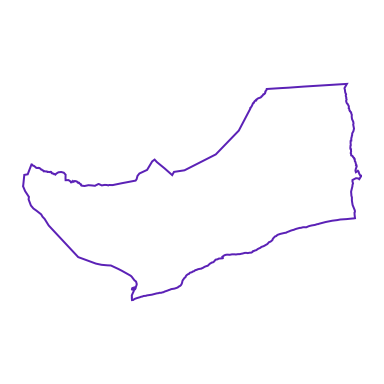 Ningo/prampram, Greater Accra, Ghana
{"feature_id": "2480657B81968156308620", "entity_name": "Ningo/prampram", "entity_type": "district", "adm_level": 2, "iso_a3": "GHA", "parent_name": "Ghana", "parent_adm1": "Greater Accra", "projection": "robinson", "projection_center": [0.183, 5.814], "detail": "fine", "context": "isolated", "style": "outline", "palette": "violet", "viewbox_px": 384, "rotation_deg": 0, "n_neighbors": 0, "source": "geoboundaries", "source_scale": "gbopen_adm2", "svg_char_len": 5879}
<svg xmlns="http://www.w3.org/2000/svg" viewBox="0 0 384 384"><path d="M31.5,164.4L27.7,174.3L24.3,174.9L23.2,185.6L23.0,186.1L25.1,191.1L28.9,196.9L28.6,199.4L30.9,205.5L33.4,208.5L36.5,210.7L41.2,214.4L42.5,216.7L44.6,218.9L48.7,225.5L78.2,257.1L95.9,263.6L101.5,264.8L107.1,265.3L110.9,265.5L118.4,269.0L121.9,270.8L130.1,275.4L131.0,276.0L131.7,276.7L134.5,280.4L135.4,281.0L136.1,281.7L136.7,283.9L136.7,284.6L135.9,287.0L135.7,287.5L135.7,288.0L135.4,288.6L135.2,288.3L134.4,288.2L133.7,288.4L133.4,288.5L133.0,288.2L133.2,287.8L132.3,288.1L132.0,288.9L131.9,289.2L132.0,289.5L132.3,289.6L133.3,289.5L133.6,289.4L133.9,289.5L134.0,290.2L133.7,291.2L132.4,294.0L131.8,295.5L131.8,296.1L131.9,297.0L132.0,297.2L131.8,297.7L132.0,300.1L133.1,300.0L133.9,299.4L134.7,298.9L136.9,298.1L140.0,297.2L140.9,296.8L142.4,296.5L143.6,296.0L145.9,295.8L147.0,295.4L151.8,294.7L156.7,293.4L158.8,293.1L159.3,292.8L161.1,292.8L162.7,292.3L163.5,292.2L164.5,291.6L166.6,290.9L167.8,290.5L168.6,290.1L169.4,289.9L171.3,289.1L174.5,288.6L176.9,287.8L178.0,287.3L178.4,286.8L178.7,286.7L178.9,286.5L179.2,286.4L179.4,286.2L180.3,285.8L181.1,284.9L181.7,283.8L182.1,282.6L182.4,281.2L182.5,280.8L182.9,280.0L183.5,279.4L183.8,278.7L184.3,278.1L185.2,277.4L185.7,276.8L185.7,276.5L185.9,276.1L186.5,275.3L187.8,274.3L189.1,273.8L189.6,273.0L190.0,272.7L191.3,272.4L191.9,272.2L192.8,271.5L193.8,271.3L194.8,270.6L195.2,270.2L195.9,270.0L196.6,269.9L197.0,269.6L197.5,269.5L198.0,269.2L200.1,268.8L201.4,268.6L201.9,268.2L202.5,268.1L203.8,267.3L204.6,266.8L206.7,266.0L207.7,265.8L208.6,264.9L210.0,263.6L211.0,263.1L211.6,262.6L212.8,262.4L213.8,261.8L214.3,261.2L215.5,259.8L215.8,259.6L217.2,259.4L217.9,259.1L218.4,258.8L218.7,258.6L222.5,258.3L222.8,258.2L222.8,257.9L222.6,257.9L222.3,256.8L224.4,255.3L225.5,254.9L226.7,254.7L228.2,254.7L229.7,254.8L232.2,254.3L234.6,254.3L235.9,254.5L237.5,254.2L240.0,254.1L241.5,253.7L242.3,253.6L244.8,252.9L246.6,252.9L247.7,253.1L249.7,252.7L251.0,252.7L251.3,252.6L252.5,252.0L252.7,251.4L253.3,251.0L254.2,250.9L254.6,250.6L256.4,250.1L257.6,249.1L259.0,248.4L260.4,247.8L261.4,246.9L263.0,246.4L264.6,245.7L265.1,245.3L267.3,244.1L269.1,242.1L269.8,241.9L270.4,241.7L271.5,240.9L272.5,239.9L272.7,239.1L273.5,238.0L275.0,236.5L275.3,236.3L276.2,236.1L277.2,235.1L277.7,234.8L280.3,233.9L284.6,232.9L286.1,232.7L287.1,232.1L289.0,231.4L290.6,230.7L292.5,230.1L293.8,229.8L295.2,229.2L296.4,228.8L299.7,227.9L300.7,227.9L302.8,227.3L303.9,227.2L306.2,227.3L306.7,227.1L308.5,226.3L310.1,225.8L310.8,225.7L311.4,225.5L315.0,224.9L317.4,224.1L318.1,224.1L319.2,223.7L325.7,222.0L332.3,220.7L337.2,220.1L340.3,219.5L346.5,219.1L351.4,218.6L353.8,218.4L355.0,218.2L354.6,214.9L354.5,212.6L354.8,212.2L354.9,211.7L354.9,211.4L354.8,210.4L352.6,205.0L351.9,200.6L351.9,197.4L351.4,195.7L351.3,194.1L351.1,191.9L351.2,191.2L352.4,186.3L352.5,184.9L353.0,183.4L352.4,181.1L352.5,180.3L352.5,180.0L356.0,178.2L358.5,178.5L359.2,179.2L359.6,178.7L360.4,177.2L361.0,176.5L361.0,175.6L360.1,175.3L359.7,174.5L359.2,173.7L358.5,171.5L357.9,170.8L357.6,171.1L355.9,172.2L355.5,170.9L355.5,170.3L355.8,168.9L356.7,166.4L356.7,166.2L356.3,165.8L356.4,165.4L356.2,165.3L356.4,165.0L356.0,164.4L355.4,161.9L355.0,161.4L354.8,161.0L354.8,160.1L354.7,159.0L354.1,158.7L354.1,158.0L354.0,157.8L353.2,157.3L352.9,156.6L352.4,155.9L351.6,155.6L351.2,155.4L351.1,154.4L351.1,153.8L350.9,153.6L350.7,153.1L350.8,152.8L351.1,151.5L351.0,150.5L351.0,149.6L350.7,149.3L350.9,149.0L350.4,148.5L350.3,148.2L350.5,145.6L350.7,145.4L350.8,145.2L350.6,143.3L350.6,141.0L350.7,140.7L351.3,140.6L351.3,138.0L351.5,137.6L351.8,136.4L351.8,135.9L352.1,135.4L352.2,133.5L352.4,133.0L353.4,131.2L354.0,128.6L353.2,124.6L353.5,123.7L353.4,122.7L353.3,122.4L353.3,121.9L352.0,119.0L351.7,116.7L351.8,114.7L351.2,113.4L351.2,112.8L351.0,112.2L350.6,111.9L349.9,111.3L349.9,110.7L349.4,110.2L349.2,108.8L349.0,108.4L348.7,108.2L348.9,106.9L348.7,106.2L348.6,105.7L347.9,104.6L347.7,104.0L347.0,103.5L346.6,102.7L346.1,100.9L346.6,99.5L346.3,98.7L346.3,98.3L346.2,98.1L346.3,97.7L346.2,97.2L345.9,96.4L345.8,95.8L345.8,95.3L346.1,94.3L346.0,94.0L345.7,93.7L345.2,92.2L344.9,89.7L344.6,88.8L344.5,88.2L344.6,87.9L346.9,83.9L303.4,86.6L288.3,87.7L280.9,88.1L266.7,89.0L266.3,90.4L265.5,91.2L265.4,91.6L265.4,92.0L265.2,92.1L265.1,93.2L264.2,94.2L263.5,94.2L263.3,94.6L263.1,94.7L262.7,95.5L262.3,95.7L261.8,96.4L261.4,96.5L261.2,97.0L260.6,97.5L258.2,98.3L257.3,98.9L256.7,99.4L256.4,100.1L256.0,99.9L255.9,100.0L255.9,100.5L255.5,100.5L255.3,100.8L255.0,100.9L254.3,101.6L254.2,102.0L254.0,102.3L254.0,102.6L253.5,103.1L253.3,103.1L252.9,103.3L252.6,104.3L251.5,106.6L250.2,108.1L250.4,108.5L238.8,130.6L215.8,154.4L184.5,170.3L174.0,171.9L172.2,175.1L164.6,168.4L156.9,162.1L154.6,159.6L152.2,161.4L147.1,169.9L139.4,173.5L137.5,175.9L136.6,179.2L135.6,180.6L121.9,183.2L112.6,185.1L109.1,185.0L108.3,185.4L106.9,185.0L104.6,184.9L101.8,185.4L98.7,184.0L98.0,184.2L96.7,184.9L96.2,185.1L95.0,185.8L91.4,185.4L88.4,185.2L84.6,186.0L81.9,185.7L81.3,185.5L81.1,185.3L81.1,184.5L80.8,184.2L79.7,183.7L79.4,183.4L79.2,182.8L78.8,182.6L78.5,182.8L78.2,182.5L77.7,182.6L77.1,181.7L76.6,181.4L76.2,181.4L75.8,181.2L74.8,181.0L74.1,181.3L74.0,181.6L73.6,181.7L73.3,181.3L72.9,181.0L72.7,181.3L72.7,181.7L72.3,181.6L71.5,181.7L71.7,182.1L71.6,182.3L70.9,182.3L70.6,181.5L68.5,180.1L65.6,180.2L65.5,178.2L65.6,174.7L63.8,172.7L61.2,172.0L58.4,172.3L56.3,173.6L55.4,174.6L54.6,174.0L54.1,174.2L53.2,173.5L52.9,173.4L52.5,173.5L52.2,173.3L51.7,173.2L51.6,172.5L51.1,171.9L50.7,171.8L49.5,172.1L48.7,171.9L47.4,172.0L47.0,171.5L46.3,171.4L44.9,171.4L44.4,171.1L43.7,171.3L43.0,170.4L42.2,170.1L41.6,169.5L41.1,169.5L40.1,168.5L39.4,168.0L38.8,168.1L38.3,167.8L37.5,168.0L36.3,167.9L35.5,167.1L34.3,166.2L34.0,165.9L33.1,165.7L31.8,164.4L31.5,164.4Z" fill="none" stroke="#5b21b6" stroke-width="2"/></svg>